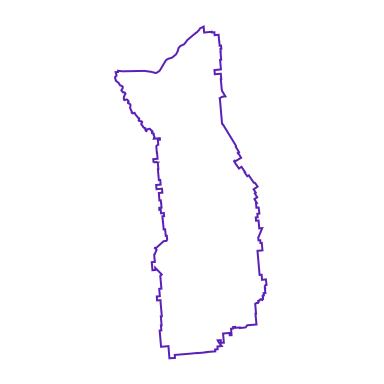 the district of Pingelly, Western Australia, Australia, rotated 85°
{"feature_id": "25037944B83412079426782", "entity_name": "Pingelly", "entity_type": "district", "adm_level": 2, "iso_a3": "AUS", "parent_name": "Australia", "parent_adm1": "Western Australia", "projection": "albers", "projection_center": [117.054, -32.532], "detail": "fine", "context": "isolated", "style": "outline", "palette": "violet", "viewbox_px": 384, "rotation_deg": 85, "n_neighbors": 0, "source": "geoboundaries", "source_scale": "gbopen_adm2", "svg_char_len": 5759}
<svg xmlns="http://www.w3.org/2000/svg" viewBox="0 0 384 384"><g transform="rotate(85 192 192)"><path d="M29.9,169.9L30.3,170.2L31.2,170.8L31.6,171.2L32.5,172.4L33.3,173.1L33.9,174.4L40.1,183.3L40.5,183.7L43.4,186.2L43.9,186.7L44.2,187.2L45.4,190.5L45.8,191.2L47.5,192.9L50.0,193.7L53.5,195.9L56.5,200.3L57.2,204.1L58.3,206.2L58.5,206.5L68.1,213.4L68.9,214.4L70.2,217.1L70.3,217.5L70.3,217.9L68.8,221.9L67.2,228.9L65.7,250.8L64.8,255.1L66.0,255.2L65.9,257.6L66.4,257.6L66.6,257.5L67.2,257.5L67.5,257.3L68.0,257.3L68.4,257.1L68.9,257.0L69.8,257.2L70.0,257.6L70.4,258.4L70.8,258.5L71.4,258.6L71.7,258.8L72.4,258.6L72.8,258.4L74.0,258.2L74.4,258.0L74.5,258.1L75.5,257.2L76.2,256.3L77.0,255.6L77.8,255.1L78.8,254.8L79.3,254.4L79.7,253.9L79.9,253.5L80.2,252.8L80.6,252.4L80.9,251.9L81.1,251.8L82.8,252.1L83.1,252.3L83.3,252.6L84.1,253.3L84.6,253.5L85.0,253.4L85.2,253.2L85.8,252.5L86.0,252.4L86.4,252.3L86.7,252.1L86.9,251.6L86.8,251.0L87.1,250.3L88.0,249.7L88.3,249.7L88.7,249.9L89.0,250.3L89.3,250.5L89.7,250.7L90.4,250.9L90.8,251.3L91.3,251.4L91.6,251.6L92.3,251.6L92.9,251.8L93.8,251.8L94.4,251.5L94.6,251.1L94.5,250.5L94.4,250.2L94.1,249.6L94.1,249.1L94.2,248.8L94.5,248.4L95.6,247.5L95.9,247.3L96.5,247.3L96.7,247.5L96.6,247.8L96.9,248.0L97.5,248.0L98.0,247.9L98.2,247.7L98.3,247.5L98.5,246.6L98.7,246.4L99.0,246.2L99.4,245.8L99.8,245.7L100.2,245.7L100.7,245.8L101.2,246.0L101.7,246.0L102.7,246.4L103.2,246.3L103.9,245.9L105.0,245.7L106.4,245.0L107.0,245.0L107.3,245.2L107.7,245.2L107.9,245.0L108.4,244.5L108.6,244.1L108.1,242.7L108.1,242.3L110.4,241.3L111.5,240.4L112.9,239.6L113.1,239.5L113.8,238.4L114.0,238.2L114.3,238.2L114.8,238.2L115.6,238.8L115.9,238.9L116.2,238.9L116.4,238.7L116.7,238.2L116.7,237.8L117.0,237.1L117.1,236.4L117.4,235.9L117.8,235.6L118.2,235.6L118.7,235.8L119.3,236.4L119.6,236.6L120.1,236.6L120.6,236.5L120.8,236.4L121.7,235.4L123.0,235.1L123.8,234.3L124.0,233.9L123.9,233.5L124.0,233.4L124.1,233.2L124.6,232.8L125.1,233.1L125.9,233.1L126.5,232.8L126.9,232.8L127.3,232.4L127.4,232.1L126.3,231.6L126.1,231.5L125.7,230.9L125.6,230.6L125.6,230.2L125.4,229.8L125.4,229.5L125.3,229.2L125.4,228.5L125.6,228.3L126.6,227.7L126.8,227.4L127.1,227.0L127.6,226.5L127.9,226.4L128.0,226.2L128.4,226.1L128.6,226.3L128.8,226.5L128.7,226.7L128.8,226.8L129.1,226.7L129.9,226.7L130.1,226.5L130.2,225.9L130.4,225.2L130.6,225.0L130.8,224.9L131.2,225.0L131.7,225.2L132.0,225.3L132.2,225.2L133.3,224.7L133.8,224.6L134.2,224.7L134.4,225.0L134.7,225.1L135.2,225.2L135.6,225.4L135.6,219.4L137.1,219.4L137.1,221.5L142.0,221.5L142.2,222.2L142.4,222.6L142.6,222.9L143.3,223.6L149.8,223.6L149.8,223.4L155.9,223.4L155.9,227.7L158.7,227.7L158.8,227.4L159.2,226.5L159.1,225.9L159.2,225.3L159.0,225.0L158.9,224.8L159.3,224.1L159.9,223.6L159.9,223.4L160.0,223.5L166.3,223.5L166.3,224.0L177.2,224.0L177.2,222.6L181.9,222.6L181.9,227.1L186.1,227.1L186.1,221.6L190.1,221.6L190.1,225.1L197.6,225.2L197.6,223.8L200.1,223.8L200.1,223.7L204.9,223.7L204.9,226.0L206.9,226.1L206.9,224.7L210.5,224.7L210.5,221.9L213.6,221.9L213.6,223.6L217.8,223.6L217.7,223.5L226.8,223.5L226.8,222.0L233.4,222.0L233.4,220.9L237.4,220.9L238.5,221.8L238.5,224.5L244.4,232.3L244.4,233.8L244.6,233.9L246.5,232.3L251.1,234.8L251.1,235.1L255.4,235.2L255.5,235.1L258.4,235.1L258.4,238.2L266.5,238.2L266.5,235.3L264.3,235.2L271.6,229.3L272.7,230.9L285.6,230.9L285.6,233.1L293.0,233.1L293.0,236.2L297.0,236.2L297.0,232.8L300.1,232.9L313.2,232.9L313.2,233.9L322.2,233.9L322.2,234.6L327.2,234.6L327.2,236.3L343.5,236.3L343.5,228.9L355.7,229.0L355.8,223.4L352.8,223.4L352.9,208.2L352.8,200.5L353.0,200.5L353.0,197.2L352.9,191.6L352.7,191.6L352.8,182.7L350.9,182.7L350.9,180.2L348.1,180.1L348.1,175.9L343.8,178.6L342.0,179.3L342.1,176.3L344.8,176.3L344.9,173.4L335.7,173.4L335.7,166.9L338.0,166.9L338.1,165.1L331.6,165.0L331.6,162.9L330.1,162.8L330.1,160.8L331.1,160.8L331.1,156.2L331.7,156.2L331.6,150.8L331.5,150.4L330.7,149.5L329.8,149.0L329.7,148.9L329.6,148.5L329.6,139.3L318.8,139.4L318.8,138.8L308.9,138.8L308.7,138.7L308.7,138.2L308.2,137.5L308.3,137.1L308.3,135.8L307.9,135.4L307.1,135.5L306.8,135.4L306.5,135.6L306.2,135.6L306.1,135.4L306.1,135.2L306.2,134.8L306.0,134.6L306.1,134.3L306.0,134.2L305.8,134.1L305.6,133.8L305.1,133.6L304.8,133.1L304.8,132.8L305.0,131.9L305.2,131.7L305.5,131.7L305.7,131.4L305.2,131.1L305.0,130.6L304.9,130.5L303.8,130.7L303.2,130.4L302.9,130.4L302.5,130.6L302.1,130.6L301.9,130.7L301.5,129.8L301.2,129.9L301.2,129.4L300.6,129.4L299.0,129.4L299.1,127.7L294.7,127.8L294.4,127.4L294.1,127.4L293.9,127.7L293.7,127.8L292.8,127.7L292.2,127.6L291.6,127.2L291.4,127.1L291.1,126.9L291.1,126.7L291.1,126.2L291.1,125.9L285.5,126.0L285.6,129.9L280.5,129.8L280.5,131.9L280.4,131.9L256.3,131.9L256.3,126.9L248.8,126.9L248.8,128.3L246.0,128.2L246.0,130.0L243.1,130.0L242.0,129.3L234.1,125.2L234.1,128.2L226.2,128.2L226.2,130.7L222.9,130.7L222.9,128.8L219.4,128.8L219.4,126.8L216.3,126.8L213.3,127.0L213.3,129.2L208.5,129.2L208.5,128.4L204.5,130.4L203.0,127.5L198.8,129.6L198.2,128.5L194.7,130.4L192.4,126.2L188.4,128.4L188.1,129.7L186.9,130.3L181.8,133.2L180.3,134.0L181.1,135.6L177.1,137.8L176.9,137.4L171.2,140.5L172.7,143.2L169.1,145.2L169.1,145.3L167.4,146.2L165.0,147.4L164.9,147.4L164.5,146.7L165.2,146.2L162.2,140.1L157.3,142.5L157.5,142.8L157.1,143.0L156.4,141.7L150.7,144.5L150.3,144.2L149.5,144.3L129.2,154.4L128.0,154.9L128.0,155.1L126.4,155.9L126.4,156.1L101.6,156.1L101.0,156.3L99.7,153.5L99.7,150.4L93.5,153.4L82.0,153.5L82.0,153.0L76.7,153.0L76.7,159.0L72.5,159.0L72.4,152.5L62.8,152.5L62.8,151.4L54.9,151.4L54.9,151.2L51.9,151.2L51.9,150.3L48.7,150.3L48.7,151.7L44.4,151.7L44.4,151.8L37.7,151.8L37.7,155.8L34.8,155.8L34.8,158.3L34.1,158.3L34.2,166.0L28.2,166.0L28.9,167.4L29.3,168.8L29.5,169.4L29.9,169.9Z" fill="none" stroke="#5b21b6" stroke-width="2"/></g></svg>